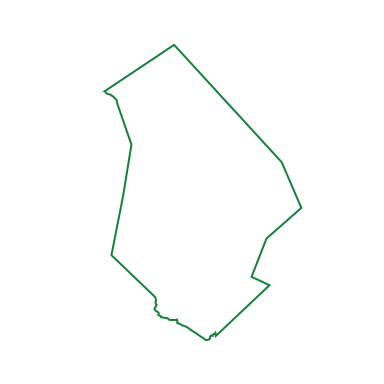 outline of Kajo-keji, Central Equatoria, South Sudan, rotated 70°
{"feature_id": "79223893B65724383376583", "entity_name": "Kajo-keji", "entity_type": "district", "adm_level": 2, "iso_a3": "SSD", "parent_name": "South Sudan", "parent_adm1": "Central Equatoria", "projection": "orthographic", "projection_center": [31.637, 3.892], "detail": "fine", "context": "isolated", "style": "outline", "palette": "green", "viewbox_px": 384, "rotation_deg": 70, "n_neighbors": 0, "source": "geoboundaries", "source_scale": "gbopen_adm2", "svg_char_len": 1206}
<svg xmlns="http://www.w3.org/2000/svg" viewBox="0 0 384 384"><g transform="rotate(70 192 192)"><path d="M93.9,139.3L47.6,158.5L67.5,239.8L68.3,239.1L70.2,238.5L71.5,237.3L72.5,235.2L73.7,234.9L74.7,233.8L79.2,231.6L80.9,231.5L83.5,232.0L126.8,232.7L172.3,258.2L223.8,289.3L278.3,262.5L278.6,262.6L281.2,262.8L282.5,263.4L283.6,264.2L285.0,264.1L285.9,263.8L287.1,265.1L288.0,266.3L288.9,267.2L289.6,267.3L290.9,266.9L291.7,266.4L292.0,265.8L292.8,265.5L293.8,264.8L294.8,264.8L295.5,265.3L296.1,265.8L297.1,264.6L298.0,263.9L299.1,263.9L299.7,262.5L301.8,259.3L302.1,258.3L303.9,257.3L304.6,256.7L305.3,255.1L305.8,253.4L306.8,250.7L306.8,249.7L307.8,249.7L308.4,250.0L309.4,250.5L310.2,250.6L311.2,249.2L312.4,248.0L313.9,247.1L314.5,246.0L315.9,244.4L317.4,242.8L319.0,241.7L320.3,240.9L321.0,240.1L322.5,239.4L324.1,238.0L326.3,236.3L327.7,235.4L329.9,233.9L332.6,231.8L334.3,230.7L335.9,229.5L336.3,227.6L336.4,226.4L335.8,225.2L335.0,224.7L334.1,224.5L333.6,223.7L333.9,222.6L334.3,221.7L333.8,221.4L333.1,221.4L333.1,220.6L332.9,219.6L332.7,218.7L332.4,218.2L335.4,218.8L306.1,151.1L292.1,165.1L261.2,137.9L244.3,94.7L194.7,97.5L93.9,139.3Z" fill="none" stroke="#15803d" stroke-width="2"/></g></svg>